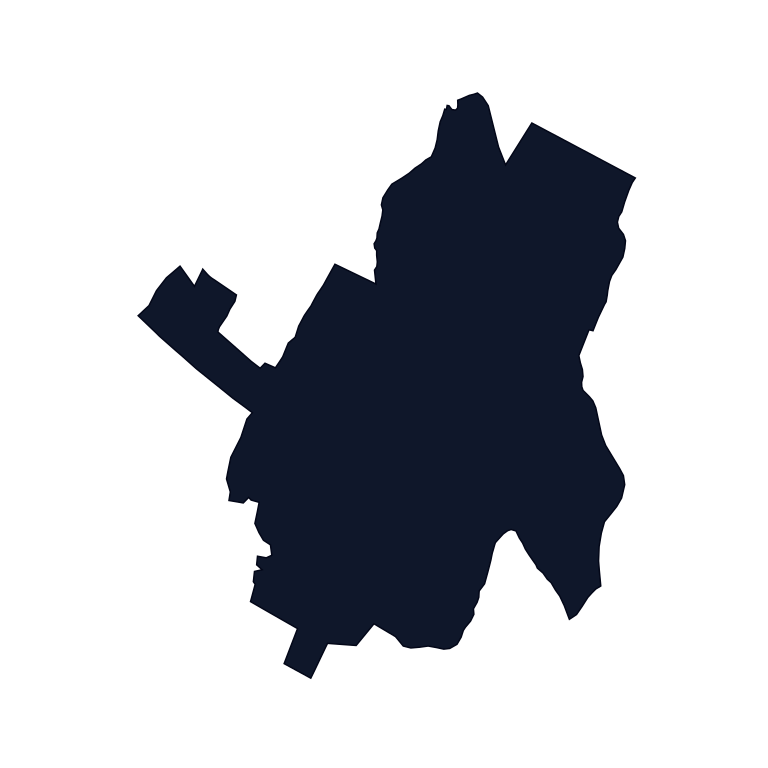 Metapa, Chiapas, Mexico, rotated 9°
{"feature_id": "50627088B53896362948042", "entity_name": "Metapa", "entity_type": "district", "adm_level": 2, "iso_a3": "MEX", "parent_name": "Mexico", "parent_adm1": "Chiapas", "projection": "robinson", "projection_center": [-92.205, 14.822], "detail": "fine", "context": "isolated", "style": "filled", "palette": "ink", "viewbox_px": 768, "rotation_deg": 9, "n_neighbors": 0, "source": "geoboundaries", "source_scale": "gbopen_adm2", "svg_char_len": 3483}
<svg xmlns="http://www.w3.org/2000/svg" viewBox="0 0 768 768"><g transform="rotate(9 384 384)"><path d="M249.1,523.3L259.0,523.4L263.6,523.5L268.1,517.2L270.9,519.4L279.2,520.4L278.9,529.7L278.3,541.9L283.8,550.4L289.4,557.2L297.0,560.6L300.0,570.7L294.9,574.1L286.0,573.9L286.5,582.5L292.7,586.5L285.4,589.4L285.9,599.7L288.1,602.0L286.6,616.3L286.2,619.8L304.2,626.7L336.9,639.1L329.1,675.8L357.7,686.0L360.2,677.8L367.7,652.5L368.8,649.0L397.4,646.6L411.6,622.4L434.9,631.7L441.0,637.1L444.0,639.8L451.8,640.5L460.3,638.4L468.6,635.9L477.4,636.1L484.5,636.5L490.3,634.9L496.8,629.7L499.8,622.0L500.5,617.5L500.9,615.0L502.4,611.6L502.8,610.9L506.6,604.6L507.3,602.3L508.8,597.4L507.5,592.0L507.7,591.5L509.5,586.7L510.1,585.1L510.5,582.8L511.0,579.8L510.5,575.1L510.4,573.5L514.6,565.6L515.9,553.9L516.6,546.7L517.1,541.2L517.2,538.3L517.4,533.9L517.8,531.1L518.4,525.9L518.8,523.3L519.8,521.7L523.5,516.0L525.3,513.3L529.2,509.4L529.7,509.2L532.3,507.8L537.4,508.5L537.9,509.3L541.8,515.0L545.8,519.4L549.4,524.9L554.1,530.2L558.6,534.9L562.3,538.7L564.3,541.9L570.6,545.8L575.9,551.3L580.1,554.0L585.6,560.7L590.8,566.0L595.6,573.1L596.6,574.5L603.9,587.4L610.2,581.6L614.4,572.8L618.7,562.9L622.1,557.7L625.3,553.3L629.7,549.6L625.8,534.4L623.6,525.2L621.9,511.0L622.0,497.3L623.3,485.6L628.6,476.4L633.0,468.6L636.5,459.5L637.5,445.8L634.8,437.0L630.0,430.7L612.6,410.1L606.9,400.3L596.9,374.4L592.9,368.0L589.0,364.6L581.6,359.2L579.8,355.8L578.9,351.4L579.4,345.5L577.7,338.7L574.6,332.3L572.0,325.5L577.9,298.9L578.3,298.4L582.1,298.7L583.6,292.0L585.3,284.6L589.4,270.8L590.5,268.1L590.6,261.2L590.4,257.0L590.6,250.4L590.7,247.5L592.0,241.1L595.1,234.8L600.1,221.3L600.6,212.5L600.1,204.7L597.1,198.8L591.4,193.4L589.2,187.6L589.7,181.7L591.9,176.8L593.2,166.6L595.5,154.4L597.7,146.1L600.0,141.2L489.2,103.1L469.8,148.6L460.1,132.1L443.4,92.8L436.5,85.2L430.8,82.0L427.4,83.8L423.1,85.6L415.6,90.4L412.4,92.2L413.3,96.8L413.5,100.1L411.8,102.3L408.1,102.3L404.6,99.0L402.8,99.0L402.7,103.1L401.0,103.0L400.1,109.8L398.5,116.2L398.0,125.5L398.3,134.4L397.6,142.9L395.2,152.2L390.3,156.1L386.6,160.7L380.8,166.0L377.5,170.0L376.0,171.8L369.4,177.9L361.8,184.3L360.5,185.4L357.4,191.6L356.9,192.8L353.8,200.2L353.4,207.5L355.6,212.2L355.8,218.5L355.2,225.6L354.8,231.7L353.7,235.7L353.7,236.1L354.2,241.0L353.6,243.9L352.3,247.0L353.6,251.2L355.9,253.4L356.6,258.0L358.3,264.5L358.5,268.4L358.6,269.0L356.8,273.0L357.8,276.7L360.4,286.5L316.8,273.4L311.2,288.8L310.1,291.9L309.5,293.6L308.5,296.3L308.0,297.3L307.1,299.3L305.9,301.9L304.6,304.5L303.6,306.9L300.6,315.5L299.7,318.3L298.7,320.3L297.2,323.3L294.7,328.6L294.1,330.2L292.7,334.4L291.7,337.3L290.7,340.1L290.3,342.9L289.0,351.6L288.0,352.9L286.0,355.1L284.6,356.8L283.1,358.5L282.0,363.1L279.9,372.2L279.7,373.0L277.3,378.4L274.2,385.0L269.3,383.7L263.2,382.1L259.2,387.8L249.1,382.3L240.8,377.0L222.7,365.5L211.8,358.6L211.8,356.4L212.5,353.3L218.1,341.5L220.1,334.1L223.8,325.7L224.3,319.1L223.8,318.9L217.7,316.0L201.4,308.3L197.2,306.4L194.9,305.1L192.5,303.4L187.0,298.9L186.7,300.2L181.5,317.2L164.1,299.5L158.0,306.7L152.5,313.1L145.3,326.2L144.6,327.6L139.6,343.4L139.1,344.0L130.5,355.0L150.7,369.0L154.7,371.9L173.3,383.7L179.5,387.5L196.0,398.1L197.0,398.7L200.5,400.7L210.1,406.2L218.5,411.0L237.0,421.7L250.6,428.7L255.4,431.3L258.5,432.9L254.1,440.0L251.0,459.2L244.2,480.3L243.5,495.1L243.3,502.4L249.1,514.6L249.1,519.0L249.1,523.3Z" fill="#0f172a" stroke="#020617" stroke-width="1.5"/></g></svg>